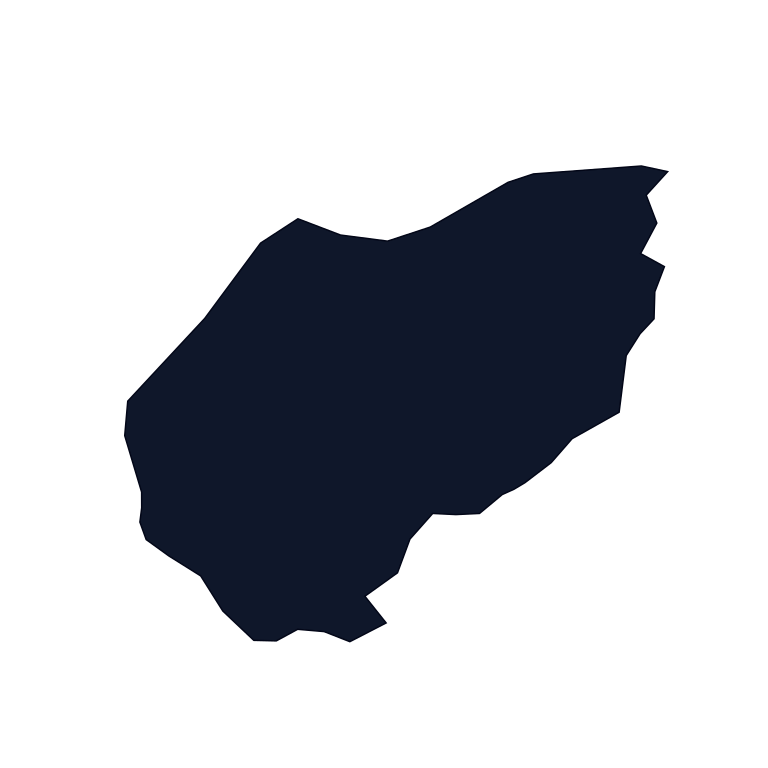 the District of Jinja, rotated 106°
{"feature_id": "UGA-3064", "entity_name": "Jinja", "entity_type": "District", "adm_level": 1, "iso_a3": "UGA", "parent_name": "Uganda", "parent_adm1": "", "projection": "natural_earth1", "projection_center": [33.327, 0.494], "detail": "fine", "context": "isolated", "style": "filled", "palette": "ink", "viewbox_px": 768, "rotation_deg": 106, "n_neighbors": 0, "source": "natural_earth", "source_scale": "10m", "svg_char_len": 735}
<svg xmlns="http://www.w3.org/2000/svg" viewBox="0 0 768 768"><g transform="rotate(106 384 384)"><path d="M246.9,142.4L265.1,151.7L289.9,159.0L346.3,150.2L384.7,188.1L413.5,201.6L440.0,221.3L449.4,230.1L457.7,239.9L482.1,256.5L489.7,278.9L495.0,301.5L525.9,316.3L561.8,319.0L593.3,343.9L613.1,316.1L641.1,345.8L638.5,373.3L643.6,399.4L660.6,416.7L666.3,438.5L646.7,476.3L619.0,507.3L608.6,543.4L599.1,569.7L584.0,580.6L569.8,582.8L554.7,587.2L505.1,619.0L471.1,625.6L370.4,574.4L346.3,565.4L282.6,541.5L248.9,512.3L252.8,466.9L245.7,420.0L220.4,382.8L155.9,320.3L140.9,298.3L103.5,196.7L101.7,169.9L130.2,184.0L154.1,166.1L187.9,173.3L193.9,146.8L220.7,149.1L246.9,142.4Z" fill="#0f172a" stroke="#020617" stroke-width="1.5"/></g></svg>